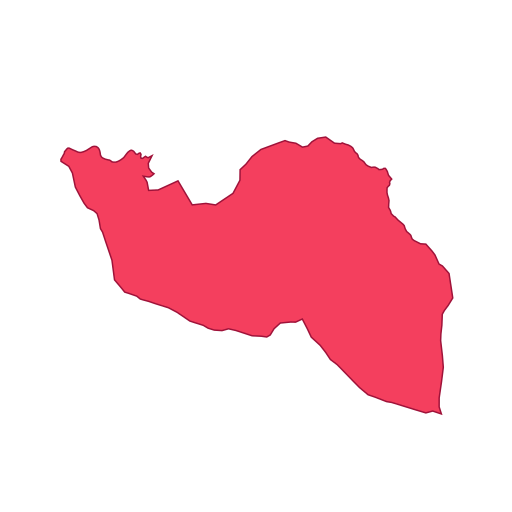 the district of Biru, Samchi, Bhutan, rotated 99°
{"feature_id": "84629894B29308983401378", "entity_name": "Biru", "entity_type": "district", "adm_level": 2, "iso_a3": "BTN", "parent_name": "Bhutan", "parent_adm1": "Samchi", "projection": "mercator", "projection_center": [88.902, 27.058], "detail": "fine", "context": "isolated", "style": "filled", "palette": "rose", "viewbox_px": 512, "rotation_deg": 99, "n_neighbors": 0, "source": "geoboundaries", "source_scale": "gbopen_adm2", "svg_char_len": 3203}
<svg xmlns="http://www.w3.org/2000/svg" viewBox="0 0 512 512"><g transform="rotate(99 256 256)"><path d="M383.0,48.2L376.4,51.5L367.4,52.9L351.3,53.1L336.6,53.6L325.4,56.3L310.7,60.4L304.0,61.2L295.3,61.6L284.4,62.9L280.3,61.4L274.6,58.4L266.7,55.1L260.7,57.0L243.1,62.6L236.7,70.3L235.3,74.0L227.0,79.4L223.7,82.8L217.7,90.1L218.2,95.5L216.0,102.3L215.4,103.4L214.7,104.5L212.8,105.6L211.4,106.3L210.5,107.4L209.1,109.6L208.3,111.0L205.8,112.9L204.0,113.8L202.9,114.3L201.8,115.5L199.7,119.0L198.3,121.4L196.7,123.4L195.6,124.8L195.2,126.2L193.0,129.1L191.1,129.9L189.8,130.6L188.9,131.4L187.2,132.7L185.7,132.8L184.4,133.0L181.8,133.2L180.5,133.3L179.2,133.8L178.1,134.2L175.2,135.7L172.7,136.6L169.9,137.0L168.1,137.2L166.5,136.3L165.3,135.3L163.7,135.1L162.4,135.6L160.7,135.3L158.8,134.0L157.6,135.4L155.6,137.7L153.7,138.7L152.0,139.5L150.0,141.1L149.2,142.0L149.4,143.4L150.6,144.7L151.2,146.9L151.4,148.2L150.6,149.3L150.2,150.6L149.7,151.9L149.7,153.1L150.0,154.4L150.5,155.9L150.2,157.1L149.7,159.3L148.7,161.5L147.9,162.4L146.0,164.3L144.9,166.4L144.2,168.1L143.3,169.4L142.1,170.5L140.6,171.0L139.1,172.3L138.6,173.4L137.3,175.1L135.1,176.6L134.0,177.5L132.9,179.4L132.5,180.5L131.9,182.3L131.6,185.0L130.8,188.5L131.8,189.9L132.3,196.1L127.6,205.7L130.1,213.6L134.5,218.7L139.3,222.0L141.2,227.1L138.4,234.2L138.3,241.1L137.5,245.4L140.6,251.1L150.0,267.8L158.4,275.5L166.9,280.3L173.2,285.2L183.7,283.7L197.7,288.5L211.9,303.8L211.9,309.3L211.9,310.5L211.9,313.7L215.5,327.0L194.0,344.8L206.1,363.0L208.0,372.3L200.2,375.1L198.3,376.5L194.8,379.8L194.8,375.5L194.6,373.8L194.1,372.7L192.2,370.8L190.7,369.6L189.5,372.2L185.9,375.8L181.3,376.9L173.2,374.4L175.8,377.9L175.5,379.3L174.8,380.7L175.8,381.8L177.3,383.2L177.4,384.8L176.1,385.5L174.7,385.5L173.5,385.5L172.3,386.6L173.0,387.9L174.2,389.0L174.1,390.6L173.3,391.5L171.8,393.1L171.2,394.4L171.0,395.9L171.9,397.2L173.6,398.8L175.5,399.9L179.5,402.0L182.0,404.4L183.2,405.8L184.3,407.4L185.2,409.1L185.6,411.6L185.5,413.1L184.8,414.2L184.2,415.6L184.2,416.9L183.9,420.2L183.1,422.9L182.4,424.1L180.7,425.4L179.0,425.9L177.6,426.4L176.0,427.1L174.8,427.9L173.8,428.9L172.9,430.7L172.9,431.9L173.0,433.1L173.7,434.8L175.2,436.5L178.3,440.0L180.0,442.7L181.1,445.1L181.3,446.9L181.2,448.3L180.6,450.3L179.7,454.0L178.7,457.3L178.8,458.6L180.0,459.7L181.1,460.3L182.9,461.4L184.7,461.4L186.2,462.0L189.1,463.0L191.0,463.8L193.0,463.4L196.7,454.9L202.8,450.3L216.2,445.2L223.9,439.5L230.7,434.1L234.7,430.0L236.6,423.4L239.0,419.6L244.9,416.7L253.3,413.9L256.4,411.3L263.4,407.7L264.4,407.2L274.7,401.8L282.7,397.6L301.7,392.0L308.5,384.1L312.2,380.0L312.8,375.9L314.3,367.5L316.6,363.6L317.0,360.6L317.6,354.9L318.8,348.0L320.8,334.4L323.9,325.3L330.6,311.1L331.5,305.5L331.8,303.3L332.7,297.3L334.8,292.0L335.7,285.7L335.0,277.9L332.2,271.8L332.7,264.3L335.4,247.4L334.4,238.3L334.3,232.7L331.8,229.6L325.0,226.8L318.4,221.5L315.8,211.5L315.1,206.5L311.0,200.4L320.0,193.8L327.5,188.7L334.2,178.6L340.4,172.0L346.6,166.3L350.6,158.8L357.7,149.3L364.1,140.8L369.7,133.2L375.5,123.6L376.7,116.7L379.4,104.2L379.4,99.2L382.3,78.8L382.6,76.9L384.4,63.7L381.5,57.2L383.0,48.2Z" fill="#f43f5e" stroke="#9f1239" stroke-width="1.5"/></g></svg>